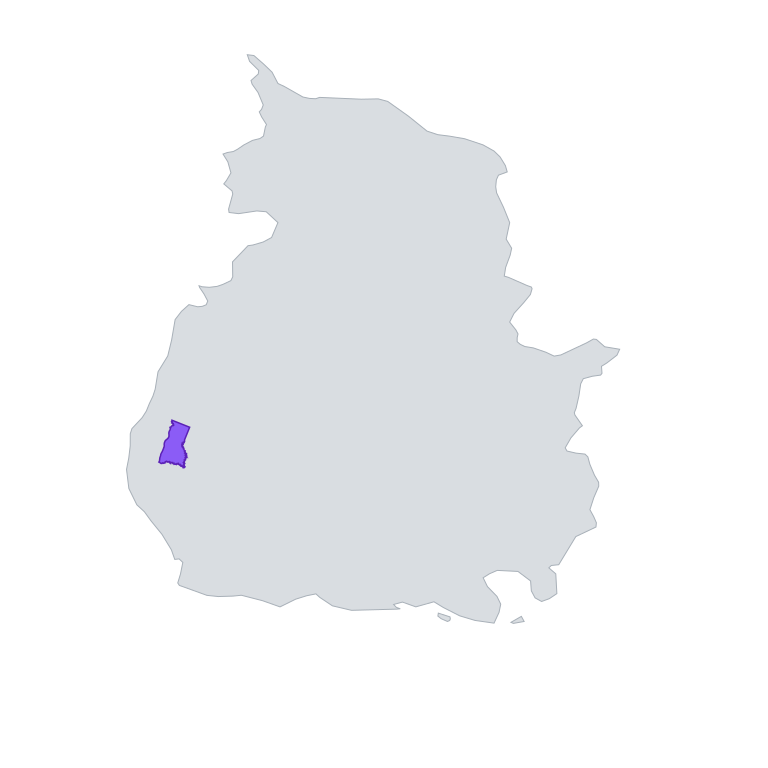 location of Chong Kal, Otdar Mean Chey, Cambodia, rotated 292°
{"feature_id": "14789045B71050789066686", "entity_name": "Chong Kal", "entity_type": "district", "adm_level": 2, "iso_a3": "KHM", "parent_name": "Cambodia", "parent_adm1": "Otdar Mean Chey", "projection": "natural_earth1", "projection_center": [103.539, 14.003], "detail": "fine", "context": "in_parent", "style": "filled", "palette": "violet", "viewbox_px": 768, "rotation_deg": 292, "n_neighbors": 0, "source": "geoboundaries", "source_scale": "gbopen_adm2", "svg_char_len": 7771}
<svg xmlns="http://www.w3.org/2000/svg" viewBox="0 0 768 768"><g transform="rotate(292 384 384)"><path d="M638.1,133.9L639.8,140.3L635.6,152.4L631.2,163.4L622.9,173.1L622.5,180.2L619.7,201.3L620.9,208.0L622.9,213.8L625.6,216.9L632.9,237.5L639.6,256.4L646.2,271.8L647.4,281.6L641.5,306.3L634.6,329.1L635.3,340.4L638.3,351.7L641.6,366.9L642.8,386.2L641.2,398.8L638.0,406.6L632.0,414.7L626.8,418.8L620.5,411.9L615.4,411.7L608.7,413.7L603.4,416.8L592.6,428.6L580.7,440.1L564.1,443.0L557.7,451.5L550.8,452.7L537.7,453.1L529.1,455.1L529.5,459.4L528.9,479.6L529.1,484.3L527.8,485.6L521.8,486.2L511.8,483.1L498.2,478.1L488.5,477.3L483.5,486.1L480.6,489.5L476.9,490.1L473.1,491.6L471.8,495.6L471.5,500.5L473.4,508.9L474.1,522.2L473.6,531.3L477.2,537.1L498.0,556.4L504.1,561.3L504.9,564.2L501.2,574.7L504.5,589.5L498.0,589.2L487.1,582.8L481.9,579.0L475.6,582.1L473.4,581.5L469.2,574.2L463.6,566.8L457.9,566.3L445.8,569.2L433.4,571.2L428.7,571.2L426.8,572.6L419.6,583.6L416.6,581.7L404.1,577.5L392.7,575.9L390.4,578.8L391.8,587.8L394.3,596.6L392.8,600.3L386.6,605.0L378.3,613.3L373.3,619.8L369.7,621.4L357.2,621.1L344.6,622.0L339.6,628.1L334.9,632.9L330.8,634.1L314.4,619.0L281.9,613.7L278.4,607.1L275.3,605.7L272.3,614.4L254.4,622.8L246.9,617.7L241.4,611.6L242.3,604.2L247.4,598.1L256.3,593.7L260.4,578.4L253.6,558.8L247.7,553.0L241.5,548.5L234.9,555.8L229.4,568.3L223.6,574.7L215.4,576.2L203.5,575.6L198.9,557.0L197.4,541.0L199.0,522.8L200.8,511.9L189.3,497.0L188.7,482.8L183.2,475.5L181.5,479.2L181.7,483.3L180.1,480.3L162.0,438.7L159.0,419.3L162.1,404.4L163.9,399.5L158.7,391.6L151.4,382.7L138.4,371.1L137.6,352.6L134.7,330.9L130.8,323.5L124.9,310.1L121.7,299.0L120.6,269.7L122.3,267.3L131.5,266.5L143.2,264.3L145.1,259.6L143.0,255.7L150.6,249.0L161.4,234.5L169.8,219.3L175.8,209.7L179.4,200.1L191.5,186.6L208.3,177.3L219.7,175.1L231.5,171.9L242.8,167.4L248.2,167.0L262.3,172.4L269.9,173.8L277.9,173.8L286.2,174.3L293.4,173.8L310.7,169.9L329.0,173.0L345.3,170.6L365.5,166.2L375.5,169.0L384.5,173.4L385.8,182.3L387.9,186.4L390.9,189.5L394.9,189.5L400.1,183.3L404.4,176.9L405.8,175.7L406.0,178.9L408.2,185.8L412.0,192.7L415.9,197.2L422.5,203.3L426.7,203.6L440.5,197.8L461.3,206.1L463.7,210.3L470.4,218.8L477.7,224.9L493.9,225.2L499.6,210.3L496.8,201.2L487.5,185.4L485.0,176.1L487.9,174.4L503.5,172.6L506.1,170.8L509.5,160.5L513.7,161.7L522.4,163.0L531.5,156.0L536.9,148.6L539.9,152.0L543.1,157.2L546.7,160.2L553.3,164.6L560.6,170.8L565.1,177.0L568.7,179.4L578.0,177.7L580.5,177.9L585.8,170.5L589.6,166.4L592.8,167.6L597.5,167.5L607.1,158.0L612.6,149.4L615.6,147.0L624.3,151.3L627.8,150.4L632.8,138.5L638.1,133.9ZM192.8,532.4L191.0,533.5L189.3,533.5L187.6,531.8L187.8,525.0L189.0,520.9L191.9,520.2L192.8,532.4ZM220.0,598.4L216.3,602.9L210.5,593.6L210.6,591.0L220.0,598.4Z" fill="#d9dde1" stroke="#a8b0b8" stroke-width="1"/><path d="M231.8,230.1L232.0,229.9L232.2,230.3L232.4,230.4L232.5,230.0L232.8,230.1L232.8,229.8L232.6,229.6L232.9,229.5L233.0,229.5L233.1,229.8L233.4,229.5L233.3,229.2L233.7,229.1L233.7,229.3L233.8,229.4L233.8,229.5L233.8,229.2L234.0,229.1L233.9,229.0L233.8,228.9L234.1,228.6L234.4,228.7L234.5,228.6L234.8,228.6L234.8,228.3L235.1,228.3L235.2,228.7L235.3,228.8L235.4,228.4L235.5,228.4L235.7,228.6L235.8,228.4L236.1,228.0L236.0,227.7L236.1,227.4L236.4,227.5L236.7,227.7L236.8,227.7L237.1,227.9L237.0,228.1L237.3,228.0L237.1,227.7L237.7,227.7L237.9,227.6L238.0,227.6L238.0,227.8L238.3,227.7L238.4,227.9L238.5,227.9L238.8,227.5L239.1,228.1L239.2,228.3L239.5,228.2L239.3,228.0L239.2,227.8L239.8,227.7L239.9,227.9L240.2,228.2L240.4,228.1L240.4,227.9L240.6,227.9L240.7,228.0L240.9,228.1L241.2,228.0L241.3,227.9L241.1,227.5L241.3,227.3L241.4,227.2L241.6,227.4L241.5,227.8L241.9,228.0L242.0,228.3L242.1,228.0L242.1,227.8L242.2,227.7L242.4,227.8L242.3,227.5L243.0,227.5L243.1,227.0L243.5,227.1L243.5,227.4L243.6,227.7L243.7,227.8L243.8,227.7L243.7,227.5L243.8,227.3L243.8,226.8L243.8,226.7L244.1,227.0L244.2,226.9L244.3,227.0L244.6,226.7L244.9,227.2L245.0,227.2L245.0,226.8L245.1,226.7L245.3,226.7L245.0,226.1L245.0,225.8L245.0,225.7L245.4,226.0L245.7,225.9L245.8,225.8L245.7,225.6L245.8,225.5L246.1,225.5L246.2,225.4L246.0,225.1L246.1,224.9L246.4,224.4L246.5,224.4L246.8,224.3L247.0,224.2L247.2,224.3L247.4,224.7L247.5,224.7L247.5,223.9L248.6,222.8L248.7,222.3L248.9,222.2L249.3,222.4L249.4,222.1L249.6,222.2L249.8,221.9L250.0,221.8L249.8,221.5L249.8,221.4L250.0,221.2L250.2,221.5L250.3,221.4L250.1,221.0L250.1,220.8L250.0,220.6L250.1,220.4L250.4,220.6L250.5,220.9L250.5,221.0L251.1,220.6L251.3,220.4L250.8,220.3L250.8,220.1L251.2,219.9L251.3,220.1L251.5,220.0L251.5,219.9L251.4,219.6L251.7,219.3L251.8,219.3L251.9,219.7L252.0,219.7L252.3,219.6L252.3,219.8L252.3,220.0L252.5,220.0L252.8,220.4L253.0,220.3L253.0,220.2L252.7,219.9L252.9,219.9L253.3,219.3L253.4,219.7L253.7,219.9L253.9,219.6L254.1,219.7L254.3,219.6L254.5,219.8L254.2,220.1L254.3,220.2L254.5,220.2L254.8,220.0L254.8,220.3L255.1,220.2L255.3,220.2L255.4,220.3L255.3,220.6L255.7,220.6L256.3,220.6L256.8,220.3L257.2,220.0L271.1,220.0L271.0,201.0L270.7,201.1L270.4,201.1L270.2,201.3L269.8,201.6L269.5,201.3L269.4,201.5L269.5,201.8L269.0,202.1L268.9,202.0L268.8,201.9L268.4,201.8L268.3,202.4L268.3,202.5L268.4,202.8L268.4,203.0L268.0,203.1L268.1,203.3L268.2,203.5L267.7,203.6L267.5,203.8L267.4,204.1L267.0,204.1L266.9,204.2L266.9,204.4L266.7,204.4L266.4,203.9L266.2,203.5L265.7,203.0L265.6,202.9L264.4,202.7L264.2,202.6L264.1,202.4L263.9,202.3L263.7,202.3L263.7,202.0L263.8,201.9L263.7,201.8L263.4,201.9L263.4,202.0L263.1,202.2L263.0,202.5L262.9,202.6L262.5,202.7L262.3,202.7L261.0,202.8L260.0,202.6L259.3,202.6L258.5,202.8L258.0,202.8L257.5,203.1L256.9,203.4L255.8,203.9L254.6,204.3L253.5,204.2L252.7,204.0L251.2,203.3L249.8,202.5L249.1,202.4L247.7,202.4L247.1,202.4L246.7,202.5L245.4,202.9L244.5,203.4L243.0,203.7L242.5,203.6L241.7,203.7L238.3,203.7L237.1,203.5L235.6,203.4L235.1,203.4L233.9,203.7L232.2,203.8L231.7,203.8L228.3,204.7L228.0,204.7L227.3,204.5L227.2,204.9L227.4,205.1L227.2,205.3L227.1,205.9L227.0,206.2L226.9,206.7L226.8,207.0L226.9,207.4L227.0,207.5L227.1,207.8L227.6,207.9L227.7,208.1L227.7,208.3L227.8,208.7L228.1,208.7L228.1,208.9L227.9,209.1L228.0,209.2L228.0,209.3L228.1,209.5L228.3,209.9L228.8,210.1L229.0,210.5L229.2,210.3L229.4,210.3L229.4,210.2L229.5,210.2L229.7,210.3L229.9,210.4L230.0,210.4L230.1,210.5L230.3,210.6L230.4,210.9L230.5,211.0L230.4,211.2L230.5,211.3L230.8,211.4L230.6,211.8L230.5,212.1L230.5,212.3L230.8,212.4L230.9,212.5L230.7,212.7L230.8,212.8L231.0,212.8L231.1,213.0L231.0,213.5L231.1,213.4L231.2,213.9L231.1,214.1L231.3,214.0L231.5,214.1L231.4,214.2L231.3,214.5L231.4,214.9L231.2,215.2L231.4,215.1L231.6,215.4L231.6,215.5L231.4,215.6L231.5,215.9L231.4,216.1L231.2,216.1L231.3,216.5L231.6,216.7L231.6,216.8L231.5,216.7L231.5,216.8L231.5,217.1L231.9,217.2L232.0,217.4L231.8,217.5L231.7,217.7L231.5,217.8L231.4,218.0L231.5,218.3L231.4,218.2L231.4,218.6L231.1,218.6L231.1,218.8L231.5,219.0L231.3,219.1L231.3,219.3L231.1,219.4L231.0,219.5L231.3,219.7L231.3,219.8L231.4,220.1L231.5,220.2L231.4,220.5L231.5,220.8L231.5,221.0L232.0,221.2L231.9,221.3L231.7,221.4L231.6,221.6L231.9,221.7L232.2,221.7L232.3,222.0L232.1,222.0L232.3,222.1L232.4,222.4L232.5,222.4L232.6,222.7L232.8,222.7L232.6,223.1L232.7,223.4L232.5,223.5L232.5,223.9L232.8,223.8L232.6,224.1L232.8,224.6L232.6,224.8L232.8,224.9L233.0,225.1L232.7,225.3L232.5,225.5L232.3,225.7L232.4,225.9L232.2,225.9L232.2,226.2L232.3,226.4L232.3,226.5L232.0,226.4L231.8,226.4L231.8,226.5L232.0,226.6L232.2,227.0L231.9,227.2L231.9,227.3L232.2,227.4L232.3,227.6L232.5,227.8L232.3,228.3L232.1,228.2L232.0,228.3L232.0,228.8L231.9,228.7L231.7,228.7L231.8,228.6L231.7,228.6L231.7,229.0L231.8,229.1L231.7,229.3L231.8,229.5L231.6,229.7L231.7,229.8L231.6,230.0L231.8,230.1Z" fill="#8b5cf6" stroke="#5b21b6" stroke-width="1.5"/></g></svg>